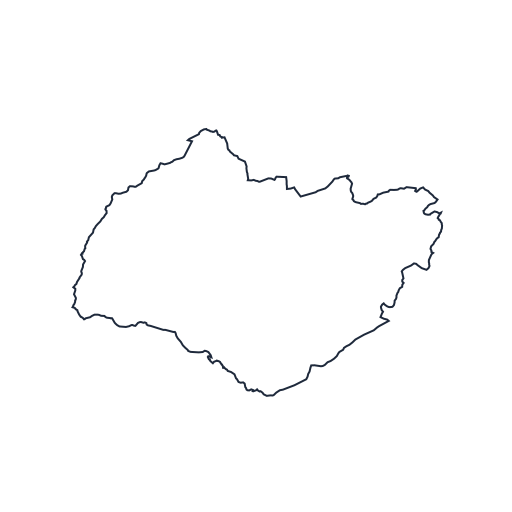 Certeju De Sus, Hunedoara, Romania, rotated 160°
{"feature_id": "2599482B85822746413379", "entity_name": "Certeju De Sus", "entity_type": "district", "adm_level": 2, "iso_a3": "ROU", "parent_name": "Romania", "parent_adm1": "Hunedoara", "projection": "robinson", "projection_center": [22.992, 45.969], "detail": "fine", "context": "isolated", "style": "outline", "palette": "slate", "viewbox_px": 512, "rotation_deg": 160, "n_neighbors": 0, "source": "geoboundaries", "source_scale": "gbopen_adm2", "svg_char_len": 6090}
<svg xmlns="http://www.w3.org/2000/svg" viewBox="0 0 512 512"><g transform="rotate(160 256 256)"><path d="M445.9,270.6L444.1,269.2L443.6,268.2L443.7,267.7L442.4,266.2L442.6,265.0L442.2,261.5L441.6,259.2L441.5,258.8L441.1,258.7L439.8,256.8L439.5,256.3L439.4,255.4L438.8,255.2L437.3,255.7L432.8,255.2L430.7,255.8L427.8,256.1L425.0,255.1L423.7,254.4L422.0,252.8L418.9,251.5L418.3,250.1L417.2,249.0L414.0,247.4L413.7,247.0L412.7,246.9L412.4,246.1L411.6,241.6L411.1,240.4L410.1,238.5L408.4,236.5L402.5,233.8L399.2,233.4L396.7,233.7L395.7,233.4L394.4,232.2L393.2,231.6L389.8,233.5L387.8,233.6L386.7,233.3L384.5,231.7L383.4,231.7L382.7,231.2L382.0,230.5L382.2,229.0L381.3,227.8L379.0,226.4L368.4,218.3L366.3,217.5L359.7,212.9L358.2,212.4L357.9,210.9L358.2,208.4L357.7,205.4L356.0,201.0L355.3,197.1L353.9,194.0L352.3,191.1L352.2,190.0L350.3,188.3L342.7,185.0L338.9,184.0L336.6,184.5L335.2,183.6L333.6,182.0L332.5,178.3L332.6,176.1L334.4,177.8L335.2,178.1L335.8,177.6L335.6,175.1L334.7,174.7L335.0,173.7L334.7,172.7L333.2,170.0L331.6,171.0L329.0,171.0L328.4,170.7L328.3,170.9L326.8,169.7L326.0,168.7L326.0,168.0L325.2,165.8L325.4,165.7L324.8,164.3L325.1,162.3L324.1,162.3L324.1,161.5L323.5,161.1L323.0,159.9L322.5,159.6L322.1,159.0L321.9,157.7L319.1,155.5L316.7,152.2L316.6,147.8L316.0,146.8L315.5,143.6L313.8,142.2L311.3,141.6L310.3,140.0L310.9,136.4L310.5,135.3L310.6,133.8L310.0,132.8L308.4,132.0L306.1,132.3L304.7,131.1L305.4,130.2L304.9,129.8L301.6,129.8L300.6,130.3L300.1,128.8L298.9,127.4L298.2,127.5L297.9,127.3L296.6,125.3L296.1,123.4L293.7,120.9L290.1,120.1L288.0,119.2L286.8,119.3L283.7,120.7L279.5,121.7L276.4,121.2L264.1,121.4L250.9,123.0L248.8,125.0L247.3,127.3L245.2,129.1L243.0,132.5L241.5,134.3L238.4,133.3L232.7,130.2L230.9,129.8L228.6,130.1L225.1,131.7L221.8,131.8L217.8,132.8L214.3,134.3L211.9,136.4L210.5,137.3L206.2,138.1L204.7,139.6L201.8,140.3L198.6,140.6L195.0,141.8L191.2,143.5L181.4,145.1L170.7,145.9L166.7,147.4L164.3,148.0L153.5,149.6L154.5,151.4L157.4,153.4L159.9,156.0L157.2,159.0L155.7,160.2L156.4,162.2L156.2,164.8L155.9,165.7L154.0,167.2L152.2,167.8L151.8,166.5L150.2,164.1L148.9,162.8L147.8,162.2L145.5,161.6L144.7,161.8L143.1,162.8L141.7,164.9L141.0,166.6L139.0,167.9L138.1,169.2L137.6,170.7L135.7,172.9L134.6,173.6L133.7,174.9L131.9,176.5L129.2,177.0L128.3,179.0L126.5,180.2L127.3,181.9L126.8,183.4L125.1,184.5L124.3,190.5L124.3,191.7L122.7,192.7L119.9,193.6L113.6,194.0L110.1,195.0L108.1,193.8L107.4,192.3L104.4,187.9L100.5,184.7L98.1,185.6L96.6,187.0L96.3,187.5L96.3,188.5L95.8,189.9L95.7,191.1L94.9,193.1L90.8,197.3L90.1,197.8L88.5,198.3L89.8,199.8L89.3,201.1L89.6,203.0L88.1,205.2L85.1,206.6L83.4,208.4L82.7,208.6L80.5,210.3L79.2,210.9L78.0,211.1L76.5,213.7L75.6,214.1L75.1,215.0L73.8,215.6L73.1,217.1L72.0,218.2L70.7,221.0L70.6,222.3L70.2,223.3L70.8,225.2L70.9,226.6L71.8,227.5L71.7,228.2L72.3,229.5L71.0,230.8L70.0,231.4L69.2,232.4L68.0,232.7L67.3,233.5L68.8,233.3L69.4,233.6L70.8,235.3L73.0,236.8L77.7,235.9L78.2,235.4L80.2,235.9L82.4,237.2L83.2,238.1L83.5,239.0L83.2,241.1L82.5,241.2L80.6,242.5L78.4,243.3L77.4,244.2L76.0,244.8L74.3,245.1L70.1,244.7L68.4,245.4L66.1,247.0L68.6,250.5L69.1,252.4L71.3,256.2L71.9,258.1L74.4,260.6L75.5,263.3L78.6,263.2L82.7,261.5L83.3,261.5L84.2,262.7L82.9,264.0L82.7,265.1L91.0,269.2L93.9,268.6L96.8,270.2L98.1,270.3L99.8,269.9L100.8,270.0L103.8,270.9L107.3,272.3L108.8,271.9L109.5,271.2L114.8,272.0L118.9,271.7L120.5,272.2L121.5,270.9L123.0,269.8L126.0,269.5L128.2,268.2L129.8,267.9L132.4,267.8L133.9,267.3L134.5,267.6L135.8,267.3L137.5,268.5L139.6,269.1L140.3,270.2L143.6,272.3L144.6,273.2L145.3,274.1L145.3,275.1L146.0,276.3L145.9,276.7L144.4,278.6L144.0,279.7L144.0,282.2L144.6,283.7L144.6,284.9L144.1,286.8L141.0,291.1L141.1,292.7L141.7,293.9L141.7,294.5L142.7,296.4L143.6,297.5L143.4,297.9L143.8,298.2L143.6,298.6L141.8,299.0L141.4,299.6L142.5,300.4L143.5,300.0L144.2,300.4L150.2,301.3L152.2,300.9L155.4,301.8L156.6,301.4L158.8,299.8L164.8,296.8L167.8,295.8L175.7,296.1L178.1,295.5L193.7,296.6L196.4,305.3L196.7,307.4L200.4,307.5L204.0,308.4L203.0,311.3L202.7,312.9L201.6,315.9L200.7,319.8L209.6,323.5L210.8,322.8L212.0,321.5L212.6,321.2L215.2,323.6L217.8,324.7L227.0,324.5L227.9,324.8L229.0,326.0L230.4,326.7L232.1,328.3L234.5,328.6L237.8,330.0L237.0,331.1L236.8,332.0L236.1,335.7L235.8,336.4L235.8,338.2L235.0,341.7L234.2,343.4L234.1,348.5L239.1,353.4L239.4,356.3L242.3,358.2L242.6,359.3L244.8,363.1L244.9,364.4L245.6,365.2L245.8,366.6L244.6,371.6L245.0,378.3L247.4,378.8L247.2,379.3L248.4,380.2L248.7,380.7L248.8,382.1L250.2,382.9L250.1,386.5L250.3,387.5L251.1,387.6L252.5,387.1L254.0,387.3L254.6,387.9L256.2,388.8L256.9,389.8L259.1,391.6L259.2,392.3L261.6,392.8L265.1,392.3L267.2,391.2L268.0,390.0L278.7,388.8L280.4,388.1L276.9,385.7L288.9,374.6L290.1,373.8L291.7,373.5L294.7,373.6L297.6,374.1L300.3,374.1L302.4,373.2L303.7,373.2L304.8,372.9L307.7,373.1L310.6,373.4L312.4,374.8L314.0,375.8L315.8,374.3L317.4,372.0L318.1,371.6L321.1,371.1L322.6,371.2L327.7,372.1L330.1,371.3L330.6,370.9L331.7,369.1L333.5,367.5L334.3,367.1L335.1,366.3L337.3,365.3L338.5,363.5L343.4,362.7L345.2,362.2L346.1,362.4L347.8,363.5L350.6,364.7L352.4,364.0L353.8,361.6L355.8,360.7L359.5,361.0L361.7,360.9L363.9,361.5L366.3,363.0L367.5,363.4L370.3,362.1L371.3,360.8L371.7,358.3L374.7,355.1L376.4,353.9L379.7,353.6L380.3,353.1L380.4,352.5L381.5,351.6L381.6,351.2L381.0,349.6L381.7,347.4L384.0,346.0L385.8,344.5L388.1,343.6L390.5,341.7L393.8,340.2L396.2,338.9L398.2,337.2L399.4,336.6L401.2,333.7L406.6,330.8L408.3,328.2L409.7,327.5L410.0,327.2L410.1,326.4L412.9,324.2L413.5,322.9L413.7,321.7L414.6,321.2L416.1,319.2L417.1,318.9L417.5,318.3L418.4,318.2L418.5,317.7L418.8,317.9L420.1,316.9L419.6,315.5L419.7,312.3L418.8,311.2L418.4,309.7L421.4,307.2L422.4,304.9L425.1,301.9L425.6,301.0L425.5,299.5L426.2,298.1L428.8,296.4L429.3,296.0L429.4,295.6L433.0,292.9L434.4,291.1L436.0,290.6L437.4,289.4L438.1,289.3L438.2,289.2L437.8,289.0L438.0,288.5L437.0,287.1L437.6,285.4L440.1,282.3L439.6,278.3L439.9,277.4L440.5,276.5L441.1,276.2L441.7,274.7L443.2,273.0L444.6,272.1L444.8,271.5L445.9,270.6Z" fill="none" stroke="#1e293b" stroke-width="2"/></g></svg>